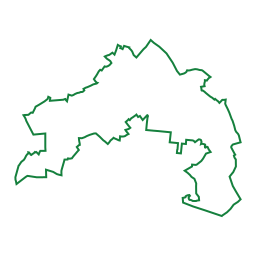 the district of Aba North, Abia, Nigeria
{"feature_id": "59680162B53329994117155", "entity_name": "Aba North", "entity_type": "district", "adm_level": 2, "iso_a3": "NGA", "parent_name": "Nigeria", "parent_adm1": "Abia", "projection": "mercator", "projection_center": [7.362, 5.109], "detail": "fine", "context": "isolated", "style": "outline", "palette": "green", "viewbox_px": 256, "rotation_deg": 0, "n_neighbors": 0, "source": "geoboundaries", "source_scale": "gbopen_adm2", "svg_char_len": 4617}
<svg xmlns="http://www.w3.org/2000/svg" viewBox="0 0 256 256"><path d="M221.8,216.0L222.0,215.7L227.0,212.3L230.6,208.8L233.6,204.7L235.4,203.5L237.9,201.9L240.6,199.3L235.9,191.4L232.8,186.0L229.6,176.6L232.8,172.6L233.1,172.4L235.9,166.5L235.8,159.4L234.9,158.3L234.3,157.0L233.9,155.6L235.2,154.7L234.6,153.8L232.9,150.6L231.3,147.6L231.2,146.9L231.7,145.8L232.9,144.5L234.6,144.0L240.6,142.3L239.9,139.7L238.9,135.6L238.2,134.1L236.8,132.5L236.2,131.9L235.3,130.2L234.2,125.8L233.2,122.7L232.5,120.6L231.6,118.9L229.3,112.6L227.6,108.8L225.7,105.0L225.2,103.7L225.7,99.6L225.1,99.7L224.0,99.9L223.4,99.9L222.7,99.8L222.1,100.0L221.7,100.5L220.5,101.8L219.4,102.9L218.4,101.7L218.2,101.4L216.6,100.2L215.1,98.9L214.4,99.6L213.4,98.8L212.5,97.9L210.3,96.6L208.3,95.0L205.5,92.7L204.5,91.7L203.4,91.0L202.9,90.6L201.7,90.5L201.5,90.1L201.5,89.4L201.3,88.1L201.0,86.8L204.6,86.2L204.3,84.9L204.3,84.2L204.5,82.9L204.9,81.6L204.9,80.2L206.3,80.4L206.8,80.6L207.6,79.5L208.8,78.1L209.3,77.6L209.8,77.5L210.5,77.0L209.0,75.9L207.2,74.4L202.7,70.7L201.8,70.2L199.7,70.0L197.1,69.3L195.1,69.1L192.2,69.7L190.1,70.3L188.6,70.5L187.1,70.3L186.4,71.9L185.4,72.7L184.2,73.4L182.9,73.8L179.9,74.6L177.0,71.0L172.7,62.7L166.5,53.4L159.3,46.7L153.8,42.8L150.7,40.0L146.0,46.9L143.4,49.3L136.4,57.5L133.7,55.1L132.2,51.5L131.2,50.1L129.1,48.0L129.3,47.4L126.3,46.6L124.1,45.9L122.6,49.1L121.3,48.4L120.3,48.1L120.9,46.4L119.3,45.8L117.8,44.9L116.2,50.1L114.5,54.6L112.4,52.7L109.7,54.6L109.0,55.0L107.7,55.3L105.9,56.0L104.8,56.5L105.8,57.6L107.0,58.8L109.3,60.3L110.3,61.1L111.4,63.0L109.6,65.0L108.3,65.9L106.7,66.6L105.7,66.7L104.6,66.4L101.7,70.5L100.2,69.8L98.8,71.3L97.5,73.6L97.3,74.0L96.0,76.1L93.9,79.1L95.3,81.2L96.3,82.2L97.0,82.8L97.4,82.9L97.0,83.3L96.4,83.6L94.7,84.0L93.2,84.4L90.9,85.6L87.5,87.1L85.7,87.7L83.5,88.9L84.0,89.7L84.3,90.4L83.6,91.0L83.0,91.6L82.0,92.0L80.8,92.0L79.1,92.7L77.3,93.0L75.0,94.0L73.4,95.0L71.8,95.6L68.5,94.6L67.7,98.4L67.0,101.3L65.8,100.0L65.3,99.0L64.8,99.1L64.0,99.4L63.4,99.7L56.1,100.3L49.9,100.8L50.3,97.8L48.3,96.8L47.7,98.9L44.5,101.4L38.8,104.9L35.6,106.7L34.8,108.7L32.7,112.8L31.2,112.5L29.8,113.6L28.5,114.8L25.1,115.0L24.5,115.0L23.5,115.2L24.6,116.9L25.6,118.8L26.3,120.9L30.6,129.2L33.4,134.6L45.3,133.5L45.3,147.3L45.5,150.8L43.0,150.9L41.4,150.9L40.3,150.9L39.8,151.7L38.7,154.4L37.8,153.5L36.6,152.3L36.2,152.0L35.6,152.4L35.3,152.3L34.9,152.0L33.7,153.3L33.1,153.6L31.2,155.0L31.0,154.9L30.6,154.6L30.6,154.2L29.4,153.2L29.3,152.8L29.1,152.5L28.3,152.3L28.4,153.4L27.1,154.4L26.0,156.0L25.1,157.9L24.0,159.7L22.8,160.7L21.3,161.9L19.1,165.2L18.6,165.7L15.4,177.2L15.5,179.8L15.9,181.0L16.5,184.0L25.9,176.8L27.4,175.9L29.1,176.1L30.3,176.3L36.9,177.3L46.2,177.2L46.0,169.7L53.2,171.9L56.9,174.1L58.9,174.7L61.5,175.3L61.4,173.0L61.4,170.9L61.7,169.6L64.0,161.6L64.5,159.6L67.6,159.5L68.0,158.4L69.8,158.7L71.9,158.3L73.2,156.5L77.1,151.9L78.8,150.0L76.8,147.0L77.6,146.3L78.2,145.8L78.8,145.2L79.8,144.9L79.7,143.5L79.2,141.0L79.0,139.6L78.9,138.1L81.9,138.2L84.7,137.2L86.7,136.1L88.9,135.2L89.6,134.9L94.0,133.5L95.9,133.4L99.8,136.8L103.5,140.5L104.5,141.1L106.2,142.6L107.8,144.0L109.2,142.4L109.8,141.5L110.6,140.4L112.1,139.2L113.2,138.2L113.5,137.8L115.0,138.6L116.5,139.2L117.7,139.8L118.8,140.3L119.7,140.5L120.1,136.3L121.1,136.5L123.2,136.5L124.0,136.4L125.2,136.0L126.4,135.1L128.1,134.2L128.5,134.0L127.8,133.1L127.1,132.3L125.6,130.4L125.4,129.9L126.6,129.6L128.8,128.9L130.3,127.8L128.2,125.3L125.7,122.0L127.4,120.5L128.3,119.7L128.6,119.2L129.8,120.1L131.2,118.3L132.8,117.3L134.6,116.0L135.9,115.1L136.4,114.6L138.1,117.0L139.9,116.0L142.7,120.0L147.1,115.3L147.3,115.2L147.8,115.6L147.9,116.5L147.5,117.5L146.8,123.7L146.2,130.0L153.6,130.7L158.5,131.1L162.5,131.5L170.8,132.3L169.7,142.3L178.0,143.1L177.5,149.4L177.2,149.8L176.9,153.0L180.9,153.4L181.9,143.6L185.9,144.0L186.2,139.8L190.3,140.2L192.6,140.4L193.7,140.8L195.0,142.2L198.7,139.4L199.9,139.5L201.0,140.1L201.5,141.8L201.0,144.1L201.8,143.7L204.5,144.3L205.1,144.6L204.9,146.2L205.0,147.4L205.6,147.6L206.7,146.7L207.6,147.0L208.7,149.4L210.6,152.0L206.0,153.6L203.1,158.6L201.3,161.0L196.6,164.7L195.6,164.9L192.1,164.6L192.0,166.5L184.7,170.7L187.6,172.8L189.9,174.9L191.5,176.9L194.4,178.8L196.2,183.4L196.1,186.4L196.2,193.5L198.8,196.8L199.1,200.3L197.0,200.6L196.1,201.0L193.9,201.0L192.5,200.9L191.7,200.3L190.4,199.9L189.5,199.9L189.1,199.4L188.7,198.3L188.7,197.4L189.5,196.1L189.9,195.8L189.3,195.0L187.6,195.3L186.2,195.9L185.6,196.4L185.5,197.2L184.9,197.5L182.7,197.9L183.1,202.6L193.2,206.5L204.9,210.3L221.8,216.0Z" fill="none" stroke="#15803d" stroke-width="2"/></svg>